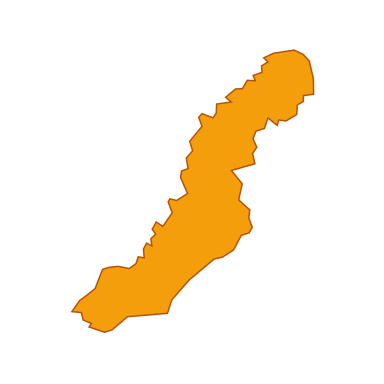 King and Queen, Virginia, United States of America, rotated 76°
{"feature_id": "52423323B46696554081250", "entity_name": "King and Queen", "entity_type": "district", "adm_level": 2, "iso_a3": "USA", "parent_name": "United States of America", "parent_adm1": "Virginia", "projection": "mercator", "projection_center": [-76.93, 37.702], "detail": "fine", "context": "isolated", "style": "filled", "palette": "amber", "viewbox_px": 384, "rotation_deg": 76, "n_neighbors": 0, "source": "geoboundaries", "source_scale": "gbopen_adm2", "svg_char_len": 1208}
<svg xmlns="http://www.w3.org/2000/svg" viewBox="0 0 384 384"><g transform="rotate(76 192 192)"><path d="M79.2,89.9L84.2,86.8L86.4,94.0L92.8,95.1L93.7,104.5L99.4,103.7L97.0,111.3L103.9,118.1L102.6,124.9L108.3,136.5L114.2,132.1L112.6,146.8L121.3,149.4L125.1,153.7L118.4,163.4L121.1,167.4L130.7,166.4L142.3,182.0L152.1,181.4L157.7,189.3L168.3,190.1L169.1,197.0L175.1,199.6L192.4,196.7L196.5,209.0L193.3,215.1L195.9,217.5L207.4,216.2L218.3,228.6L212.4,234.0L218.5,239.6L224.2,237.5L227.4,243.2L234.7,244.0L230.6,248.4L235.6,252.9L244.3,254.3L241.9,259.9L247.9,263.6L251.1,271.4L246.3,281.6L245.0,291.2L245.5,297.5L262.2,309.3L266.4,318.3L270.2,327.3L279.0,337.5L282.2,328.5L289.8,328.6L295.3,321.4L298.1,324.5L306.9,310.8L306.4,302.8L297.4,284.7L303.8,245.2L291.8,237.7L276.6,215.9L262.5,186.9L262.5,177.8L258.3,165.7L245.9,154.5L245.5,146.5L240.8,142.1L230.8,143.1L223.4,140.3L210.9,148.6L196.3,141.3L180.7,148.5L179.8,124.1L169.3,123.9L164.3,118.3L155.1,119.9L148.4,115.1L147.9,106.4L138.5,100.3L147.9,93.3L143.1,90.3L145.8,83.6L142.2,71.7L133.0,68.7L131.1,62.1L125.4,60.5L126.6,50.4L111.4,46.8L93.2,46.5L85.3,50.9L79.0,58.6L77.1,79.3L79.2,89.9Z" fill="#f59e0b" stroke="#b45309" stroke-width="1.5"/></g></svg>